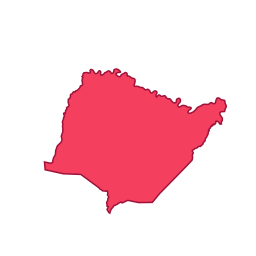 San Francisco de Becerra, Olancho, Honduras (Albers equal-area conic projection), rotated 46°
{"feature_id": "27666195B71120455883268", "entity_name": "San Francisco de Becerra", "entity_type": "district", "adm_level": 2, "iso_a3": "HND", "parent_name": "Honduras", "parent_adm1": "Olancho", "projection": "albers", "projection_center": [-86.058, 14.62], "detail": "fine", "context": "isolated", "style": "filled", "palette": "rose", "viewbox_px": 256, "rotation_deg": 46, "n_neighbors": 0, "source": "geoboundaries", "source_scale": "gbopen_adm2", "svg_char_len": 5691}
<svg xmlns="http://www.w3.org/2000/svg" viewBox="0 0 256 256"><g transform="rotate(46 128 128)"><path d="M176.6,200.2L176.0,199.2L174.9,196.9L174.7,196.2L174.6,194.5L174.1,191.9L174.5,191.3L175.2,189.3L175.4,188.7L175.6,186.9L176.3,184.7L176.9,184.3L177.8,184.3L179.9,178.4L189.1,172.1L198.4,162.2L197.1,150.5L196.3,121.5L195.7,104.5L195.1,103.3L194.1,102.1L193.4,101.5L192.3,100.7L192.0,100.2L191.6,99.0L191.3,98.5L190.9,98.2L189.5,97.9L189.1,97.6L188.9,97.1L188.9,96.8L189.2,95.5L189.3,94.2L190.3,91.8L190.2,90.5L190.3,90.2L190.5,89.7L191.4,88.9L191.6,88.5L191.6,85.2L191.5,84.9L191.1,84.5L190.7,83.8L190.7,83.5L190.9,82.4L190.9,82.0L190.2,80.7L189.4,79.6L189.2,77.9L188.4,75.9L188.3,75.2L187.7,74.5L187.5,73.9L187.0,73.4L186.6,72.8L186.4,72.5L186.4,71.5L185.5,71.6L185.5,70.6L185.1,70.2L185.0,69.9L185.2,68.6L184.5,67.7L184.8,67.0L184.3,66.0L184.4,65.9L185.0,65.9L185.1,65.7L185.0,65.0L184.6,64.6L184.7,64.4L184.9,64.2L185.1,64.0L184.8,63.3L184.9,63.2L185.5,63.3L185.6,63.0L185.5,62.7L185.6,62.3L185.5,61.8L185.2,61.2L184.3,60.2L184.2,60.0L184.3,59.7L184.8,59.4L185.7,58.9L187.1,58.6L187.4,58.6L187.7,58.9L188.1,59.1L188.8,59.2L189.5,58.8L189.9,58.3L190.0,57.9L189.4,57.6L188.9,57.2L188.6,56.7L188.3,55.7L188.0,54.8L187.3,54.1L186.6,53.4L185.4,53.1L183.1,52.7L181.6,52.2L181.1,51.7L180.8,51.0L180.9,50.1L181.4,49.2L183.1,47.3L183.2,47.1L183.0,46.7L181.7,44.7L181.1,42.8L180.7,42.3L179.8,41.7L177.5,40.9L177.0,40.5L176.3,39.9L175.7,39.5L175.2,39.4L174.8,39.6L172.4,41.3L171.5,41.6L170.6,41.5L170.0,41.7L169.3,42.0L168.4,42.9L168.5,43.6L168.9,44.9L170.6,47.8L170.7,48.1L170.6,48.8L170.4,49.2L170.0,49.5L167.6,50.4L167.1,51.3L167.1,52.8L166.8,53.6L166.3,54.4L164.1,56.4L163.1,58.0L162.6,60.6L162.0,62.0L161.5,63.8L161.5,64.6L161.9,67.0L161.8,69.8L160.9,72.3L160.3,73.3L159.7,74.0L159.3,74.1L158.8,74.1L158.3,73.9L157.9,73.4L157.7,72.8L157.6,71.8L157.9,70.3L157.9,69.3L157.7,68.9L157.5,68.7L157.2,68.6L156.9,68.6L156.1,68.9L155.8,69.1L155.3,69.7L154.9,70.3L154.7,70.5L154.1,70.7L152.4,71.0L151.8,71.4L150.9,71.9L150.4,72.3L149.8,72.9L149.5,73.3L148.9,75.7L148.7,76.3L148.1,76.9L147.7,77.0L147.3,76.9L146.8,76.8L146.4,76.5L145.9,75.8L145.7,74.4L145.6,72.7L145.4,72.1L145.2,71.7L144.5,71.0L143.8,70.5L143.2,70.4L142.6,70.4L142.0,70.7L141.5,71.6L141.2,73.1L141.4,73.6L142.6,74.9L142.9,75.4L142.9,75.8L142.8,76.3L142.5,76.8L142.2,77.2L141.1,77.8L140.5,77.9L139.1,77.9L137.2,77.5L135.9,77.7L135.2,78.5L134.7,78.9L134.1,79.2L133.5,79.4L132.9,79.4L131.5,79.0L130.9,79.0L130.3,79.2L129.9,79.6L128.9,81.4L128.3,82.1L127.9,82.2L126.5,82.3L126.0,82.5L125.7,82.8L125.5,83.2L125.4,83.7L125.6,85.5L125.5,85.9L124.8,85.9L123.9,85.2L123.4,84.4L122.9,82.9L122.5,82.4L121.7,82.1L120.7,82.3L120.3,82.5L120.1,82.7L119.6,83.7L119.5,84.5L119.6,85.7L119.4,86.5L119.1,86.9L118.7,87.1L118.0,87.1L115.9,86.5L114.9,86.5L114.2,86.7L113.7,87.1L112.9,88.8L112.5,89.1L112.3,89.2L110.6,89.2L109.1,89.4L108.6,89.7L107.6,90.8L105.9,91.5L105.4,91.8L104.5,92.2L103.0,94.0L102.5,94.3L102.0,94.2L101.5,94.0L101.2,93.3L101.1,93.0L100.4,92.2L100.3,91.8L100.1,91.4L99.5,90.8L99.1,90.2L97.7,89.2L97.2,89.2L96.5,89.4L95.1,90.3L94.5,90.6L92.6,90.9L91.3,91.3L90.9,91.5L90.6,92.1L90.3,92.3L89.8,92.3L89.4,92.0L89.0,91.5L88.3,91.0L87.6,90.8L86.9,90.9L86.5,91.1L86.2,91.5L85.8,93.3L85.1,95.4L85.1,96.0L85.6,97.3L85.6,97.7L85.3,98.2L84.9,98.6L84.2,99.1L83.8,99.3L82.3,99.5L81.5,99.5L81.0,99.3L80.7,98.8L80.7,97.9L80.8,97.2L81.6,96.1L82.5,95.1L82.6,94.8L82.5,94.5L81.7,94.2L80.7,94.2L79.5,94.4L78.3,94.8L77.9,95.0L76.8,96.3L76.5,97.2L76.5,97.6L76.7,98.1L77.6,99.3L77.9,99.8L78.0,100.6L77.8,101.3L77.5,101.8L77.0,102.0L75.2,101.6L74.5,101.7L73.8,102.0L73.2,102.6L73.0,103.0L72.8,104.7L72.1,106.3L72.3,107.9L72.3,108.4L71.8,110.0L71.5,110.5L71.3,110.7L71.0,110.7L70.5,110.5L69.0,109.0L68.4,108.5L68.1,108.4L67.5,108.6L66.9,108.8L66.8,109.2L67.2,111.8L67.1,112.5L66.7,113.1L66.1,113.7L65.8,113.8L65.2,113.8L62.1,113.1L61.3,113.3L60.3,113.9L60.0,114.3L60.1,114.9L60.3,115.3L60.8,115.8L61.8,116.5L61.9,117.0L61.8,117.4L61.7,117.7L60.1,118.6L59.2,119.3L57.9,121.1L57.6,121.7L57.8,122.4L58.2,123.2L58.8,123.8L59.1,125.4L60.4,125.4L60.8,126.7L61.2,127.2L62.0,128.2L62.6,128.5L63.3,129.1L64.1,129.5L64.5,129.9L64.9,130.1L65.3,130.7L65.4,131.2L65.1,132.1L65.1,132.5L64.8,132.7L64.7,133.0L65.5,134.5L65.7,136.2L65.7,138.0L65.5,139.0L64.9,140.1L65.3,141.0L64.9,141.6L64.3,141.8L64.1,142.1L64.3,143.1L64.3,143.7L64.6,144.9L64.4,145.3L64.1,145.6L64.0,146.0L64.4,146.6L65.9,148.2L66.0,148.7L66.1,149.7L65.9,150.9L66.1,151.3L66.7,151.8L67.7,153.0L68.7,153.5L69.6,154.2L70.8,154.7L71.1,155.1L71.2,155.8L70.8,157.1L70.7,158.1L71.0,158.3L71.8,158.7L72.0,159.1L71.9,160.0L72.1,160.7L73.8,162.8L74.0,163.1L73.9,163.2L72.8,163.5L72.8,163.8L73.0,164.3L73.4,164.7L74.7,165.0L75.0,165.2L75.9,167.2L77.0,168.7L77.5,169.9L78.1,171.0L78.5,171.4L79.2,171.6L79.9,172.2L81.7,174.3L82.3,174.7L82.9,174.9L83.1,175.1L84.1,176.4L85.0,177.1L85.6,177.7L86.1,179.1L87.0,180.4L87.4,181.6L90.1,183.3L90.7,183.8L91.3,184.9L91.6,185.8L91.8,186.6L91.7,189.8L91.9,191.6L92.8,193.2L94.0,195.7L96.5,198.5L96.8,199.0L97.7,202.3L99.2,204.5L99.3,204.8L100.0,205.4L100.3,206.2L100.0,207.4L100.1,207.8L94.4,211.7L100.5,216.6L115.9,206.4L128.6,194.2L150.5,190.5L151.4,190.4L152.4,190.6L153.8,190.1L155.4,190.0L156.0,189.6L157.2,188.4L158.1,188.0L158.6,186.9L158.9,186.6L160.0,187.2L160.8,187.9L161.3,188.2L161.5,188.5L161.6,189.0L161.9,189.3L162.3,189.4L163.6,189.6L164.4,190.0L164.6,190.3L164.8,191.6L165.7,192.4L166.0,192.8L166.5,194.5L167.0,195.4L167.5,195.8L168.2,195.9L168.6,196.1L169.5,197.4L169.8,197.3L170.7,196.7L171.0,196.8L171.4,197.7L171.8,199.2L172.3,199.8L172.9,200.0L174.1,200.1L175.0,200.5L175.6,200.5L176.6,200.2Z" fill="#f43f5e" stroke="#9f1239" stroke-width="1.5"/></g></svg>